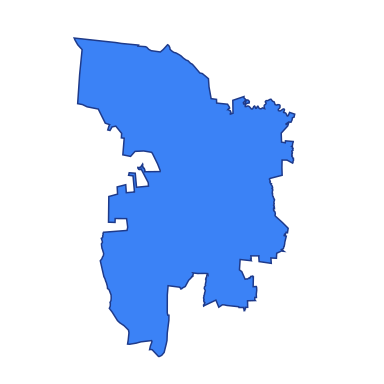 outline of Almoloya de Juárez, México, Mexico, rotated 356°
{"feature_id": "50627088B78235087084668", "entity_name": "Almoloya de Juárez", "entity_type": "district", "adm_level": 2, "iso_a3": "MEX", "parent_name": "Mexico", "parent_adm1": "México", "projection": "robinson", "projection_center": [-99.803, 19.397], "detail": "fine", "context": "isolated", "style": "filled", "palette": "blue", "viewbox_px": 384, "rotation_deg": 356, "n_neighbors": 0, "source": "geoboundaries", "source_scale": "gbopen_adm2", "svg_char_len": 6095}
<svg xmlns="http://www.w3.org/2000/svg" viewBox="0 0 384 384"><g transform="rotate(356 192 192)"><path d="M274.0,106.1L272.4,106.0L271.5,106.8L271.4,107.3L272.1,108.3L272.1,108.7L271.6,109.5L270.4,110.3L270.1,110.7L269.9,112.2L270.3,113.9L268.2,113.0L266.7,113.8L265.4,113.6L264.4,112.6L264.0,111.4L263.7,111.0L263.3,111.1L262.8,111.7L262.2,112.9L261.6,113.1L261.2,112.7L260.7,110.9L260.4,110.6L259.5,111.1L258.4,113.1L257.6,113.5L256.9,113.1L255.2,110.9L254.2,110.2L253.3,110.1L252.0,110.6L251.1,110.5L251.0,109.8L251.8,108.5L251.9,107.7L255.3,107.1L255.5,105.7L254.7,104.5L253.2,103.9L252.5,104.5L250.9,107.8L250.1,108.0L249.6,107.7L249.5,106.3L250.8,105.3L251.9,103.8L251.6,103.0L250.6,102.0L250.4,101.5L250.5,100.4L239.1,103.4L238.4,116.3L235.7,117.0L235.7,116.3L236.2,116.1L236.4,115.3L235.8,113.6L234.9,113.2L234.0,112.3L233.5,112.3L234.2,111.5L235.4,110.9L235.1,109.7L233.6,106.9L222.8,105.0L222.9,101.3L217.6,100.2L216.3,88.3L216.3,80.1L210.6,74.6L208.1,73.8L202.0,65.5L200.9,64.3L199.5,63.5L197.1,60.7L195.5,60.1L192.7,57.8L190.6,55.5L188.6,54.0L185.8,52.2L183.5,51.4L181.2,49.5L180.0,48.0L180.0,46.7L179.4,44.9L178.7,43.9L177.9,43.4L173.2,47.9L170.2,50.1L161.2,48.2L158.8,46.7L157.0,44.5L155.8,43.8L148.3,42.7L148.9,41.7L132.0,38.9L126.4,37.6L85.2,30.2L86.0,32.5L88.3,37.2L92.3,42.3L88.1,67.0L84.1,95.9L88.8,97.1L93.3,99.7L104.3,102.7L110.3,117.3L114.6,119.1L113.7,120.5L112.3,124.2L114.5,124.9L116.8,121.5L120.6,121.0L125.9,128.6L125.3,133.1L128.1,133.6L125.6,150.1L133.2,152.2L138.0,147.5L146.7,147.7L154.5,149.6L155.4,151.2L159.6,161.5L161.8,168.4L161.6,169.4L146.2,168.5L146.2,167.8L146.5,167.6L146.3,167.2L146.5,166.9L146.0,165.1L145.5,164.6L145.1,164.7L144.9,164.3L144.9,163.5L144.6,162.7L144.4,162.8L144.8,161.2L144.7,160.7L142.2,163.9L141.7,164.1L141.1,163.7L140.6,164.0L139.7,163.7L139.6,164.2L140.4,165.7L141.8,166.1L142.9,165.6L149.0,179.6L149.0,183.1L137.0,183.4L136.7,169.3L130.7,168.4L129.9,170.9L134.3,171.8L134.6,187.7L134.3,187.7L134.3,188.0L126.4,188.1L126.4,180.1L117.7,181.7L117.6,188.9L108.7,190.7L106.6,216.3L113.1,217.0L113.5,213.1L124.9,214.0L125.4,222.6L124.5,225.8L100.9,226.0L100.3,227.2L100.5,227.8L99.8,229.6L99.9,230.4L99.4,231.4L98.3,231.9L99.1,235.0L99.1,236.1L98.0,237.4L98.1,239.8L98.3,242.2L98.5,242.4L99.6,247.3L99.1,249.4L98.2,250.6L97.4,252.4L95.7,254.2L98.2,270.3L99.1,272.4L99.8,275.4L100.2,276.2L101.0,280.3L101.0,282.4L102.1,283.3L102.6,284.1L104.1,289.1L104.0,292.1L103.6,294.7L102.6,296.3L102.5,296.8L102.8,297.1L102.5,300.2L101.4,302.3L103.9,306.1L108.7,315.1L110.8,317.4L114.9,320.6L119.0,325.3L119.3,328.0L118.0,335.4L117.1,339.2L119.1,339.5L125.7,338.9L130.6,337.9L141.3,337.4L141.6,338.2L141.2,339.6L139.8,342.6L138.7,346.3L139.8,346.2L141.3,346.6L147.1,353.7L148.0,353.8L150.4,352.8L153.0,350.1L155.8,341.5L156.7,338.3L157.5,330.9L160.0,318.3L160.4,313.3L159.2,313.1L158.9,310.7L160.2,292.9L161.6,283.8L173.1,286.1L173.1,286.4L174.0,287.2L174.2,288.0L175.3,287.6L175.7,287.1L178.7,285.8L182.5,279.8L184.9,277.8L185.8,276.5L186.3,276.6L187.1,275.9L186.7,275.6L187.8,273.3L187.4,272.8L192.0,273.7L199.2,274.1L202.0,274.5L202.1,275.5L201.8,275.1L201.6,275.6L201.0,276.0L200.5,278.1L200.1,278.4L200.0,279.5L199.7,279.5L199.5,279.9L199.8,280.6L199.6,282.8L199.3,283.3L198.8,285.4L199.0,286.2L197.9,287.5L197.7,288.1L197.5,289.1L198.3,291.0L198.3,291.8L197.6,293.3L197.5,294.2L197.3,294.4L197.3,295.2L196.7,296.0L196.6,297.2L196.1,298.5L196.5,299.8L196.3,299.9L196.3,300.7L196.1,301.4L196.3,302.4L196.9,302.9L196.7,303.1L197.0,303.6L195.9,305.4L195.6,305.6L195.7,306.6L196.8,306.0L208.3,301.5L210.7,308.8L214.5,306.6L216.5,306.9L218.8,307.6L230.6,309.7L230.8,310.5L235.4,310.8L235.4,312.1L235.9,312.2L235.7,314.0L236.3,314.0L236.5,312.4L237.1,312.4L237.3,310.8L239.5,310.9L239.8,304.4L247.6,304.7L247.1,304.0L247.3,301.6L248.9,301.7L249.0,298.4L249.7,294.6L249.8,292.0L249.6,290.8L246.4,290.7L247.3,280.9L246.8,280.8L246.9,280.3L246.4,280.1L246.3,280.4L244.8,280.3L244.1,281.3L244.1,281.6L243.3,282.0L243.1,281.6L241.2,282.7L240.1,282.5L238.9,282.7L236.1,274.9L233.9,273.0L235.3,262.7L246.4,264.7L245.8,263.0L246.4,262.9L246.3,259.8L254.3,260.4L254.1,261.4L254.1,266.1L266.1,268.7L266.1,263.3L271.6,264.0L272.2,259.0L277.2,257.1L277.5,256.5L278.3,257.4L279.6,257.6L277.3,255.6L279.0,255.0L279.5,254.2L279.7,253.0L280.1,252.8L280.8,250.3L281.1,248.5L283.0,242.6L280.9,241.9L281.4,240.5L282.2,240.8L283.2,238.7L284.4,239.3L285.4,234.9L280.3,229.0L273.5,221.9L273.2,220.9L273.6,219.6L273.5,218.5L273.2,217.3L272.8,217.1L272.5,216.3L272.2,216.2L272.1,215.5L272.2,214.3L272.9,214.4L272.9,213.9L273.1,214.0L273.1,213.1L272.6,212.8L273.1,211.8L272.8,211.6L272.4,210.8L272.9,210.3L273.2,209.0L272.9,208.8L273.0,207.5L273.6,206.3L273.5,205.6L273.7,205.4L273.3,204.9L273.4,204.4L272.9,203.5L272.7,202.3L272.3,201.9L272.1,200.4L272.3,199.3L271.9,198.7L272.1,198.3L272.3,196.4L272.6,196.2L272.7,195.2L272.3,194.5L272.5,194.5L272.4,193.5L272.7,193.4L272.5,191.9L272.2,191.5L272.1,190.9L271.7,190.6L271.1,189.3L271.5,189.1L270.9,188.7L270.4,187.9L270.6,187.5L270.5,186.9L270.8,186.8L270.1,184.5L270.8,183.9L283.1,181.6L283.4,173.8L284.1,166.4L289.0,166.8L294.4,170.2L294.8,169.6L294.7,169.0L295.6,167.1L295.1,165.8L295.5,165.4L294.9,165.0L294.6,163.9L294.0,163.4L294.1,162.3L294.5,162.2L294.2,161.3L294.6,160.8L294.4,160.6L294.9,159.9L294.5,159.1L294.4,158.4L294.9,158.1L294.8,157.8L295.6,157.5L295.5,156.7L295.8,156.0L295.5,155.7L295.8,155.6L295.3,154.3L295.3,153.8L295.0,153.9L294.6,153.6L295.1,153.4L295.0,153.1L295.5,152.3L295.9,150.3L296.3,149.7L296.5,148.7L288.8,147.5L288.5,149.4L284.8,148.5L285.1,139.5L292.1,132.8L293.3,129.8L291.6,130.5L290.7,131.2L290.5,130.7L293.3,128.9L295.6,129.3L296.8,127.2L297.4,124.9L299.0,124.5L299.9,121.5L294.9,119.4L293.3,122.5L292.6,122.9L292.3,122.8L291.2,120.1L290.3,119.4L289.0,119.1L288.8,118.7L289.6,117.6L290.0,116.4L289.8,115.8L288.8,115.5L285.9,117.2L284.8,117.2L283.9,116.8L283.8,115.6L285.3,114.3L285.7,113.6L285.8,111.7L285.4,111.2L283.8,110.8L282.6,111.2L281.0,110.6L280.3,108.0L280.1,107.7L278.7,107.1L277.3,105.0L276.4,105.0L274.0,106.1Z" fill="#3b82f6" stroke="#1e3a8a" stroke-width="1.5"/></g></svg>